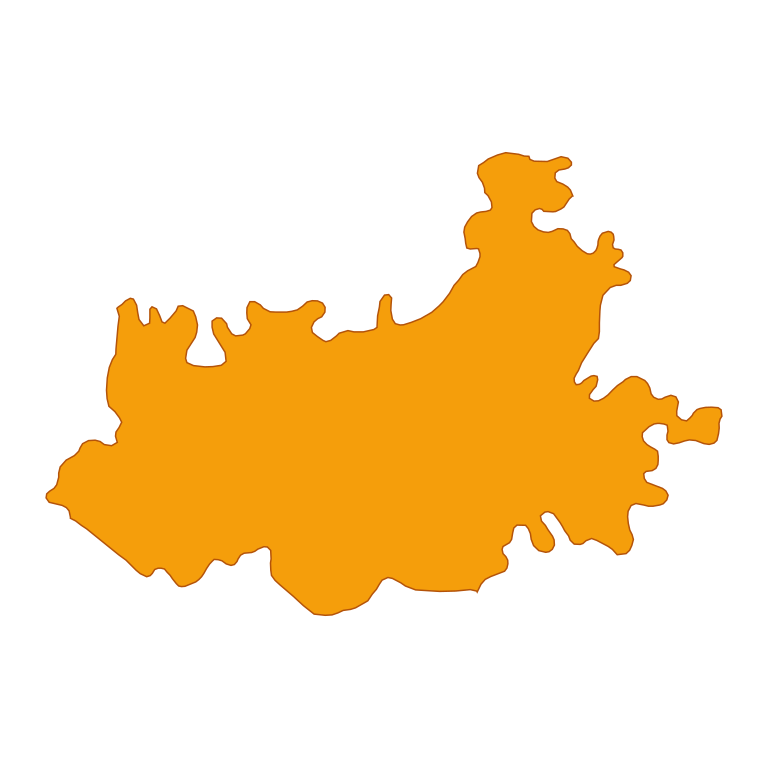 the district of Uzda, Minsk, Belarus
{"feature_id": "67162791B57084664446232", "entity_name": "Uzda", "entity_type": "district", "adm_level": 2, "iso_a3": "BLR", "parent_name": "Belarus", "parent_adm1": "Minsk", "projection": "mercator", "projection_center": [27.363, 53.476], "detail": "fine", "context": "isolated", "style": "filled", "palette": "amber", "viewbox_px": 768, "rotation_deg": 0, "n_neighbors": 0, "source": "geoboundaries", "source_scale": "gbopen_adm2", "svg_char_len": 6108}
<svg xmlns="http://www.w3.org/2000/svg" viewBox="0 0 768 768"><path d="M116.9,308.3L119.3,316.3L118.0,326.2L116.0,349.0L115.8,354.3L112.4,359.6L109.3,367.4L107.3,377.8L106.5,390.2L107.1,398.6L108.9,406.3L114.9,411.6L119.5,417.8L121.7,422.2L119.1,427.5L116.0,432.0L115.5,436.2L117.3,442.4L111.6,445.7L104.3,444.6L100.1,441.5L95.2,440.2L88.5,440.6L82.6,443.7L80.1,447.9L78.8,451.2L74.4,455.6L66.2,460.1L60.2,466.9L58.7,473.1L58.7,477.3L56.7,484.8L54.0,488.4L49.6,491.2L46.7,493.9L46.1,497.9L49.2,502.3L62.2,505.4L66.4,507.6L69.1,510.9L70.4,517.1L70.4,518.3L75.6,520.9L81.3,525.3L86.6,528.8L118.6,554.7L126.0,560.1L136.2,570.3L140.3,573.7L146.7,576.7L150.2,575.6L152.3,573.4L154.7,569.5L158.1,568.2L161.1,568.2L164.5,569.0L167.1,572.2L170.2,575.4L172.4,578.7L176.3,583.6L178.7,586.0L181.5,586.6L185.0,586.3L195.8,581.9L198.9,579.5L201.6,576.7L203.9,573.3L206.5,568.6L209.5,564.1L212.1,561.3L214.1,559.4L218.3,559.7L222.0,560.8L226.2,563.9L231.0,565.4L234.4,564.5L237.0,561.5L238.0,559.1L240.5,555.2L244.1,553.2L251.6,552.5L254.8,551.3L257.9,549.1L263.9,546.7L267.4,547.0L270.7,550.4L271.1,558.9L270.5,563.0L270.8,570.2L271.5,575.4L275.1,580.4L279.9,584.8L293.2,596.2L303.5,605.7L314.1,614.1L325.2,615.3L332.0,614.9L337.9,612.9L343.2,610.4L350.5,609.4L355.6,607.8L367.8,600.8L372.3,594.1L376.4,589.3L379.3,584.3L382.1,580.1L387.9,577.5L392.4,578.4L400.8,582.8L405.4,586.0L415.6,589.9L439.6,591.4L455.7,591.0L470.3,589.6L476.8,591.1L477.2,592.0L481.0,584.2L485.2,579.4L490.6,576.6L504.6,571.2L506.9,568.1L507.9,563.8L507.7,560.2L505.9,556.7L503.0,553.6L502.1,549.4L503.0,546.5L509.5,542.7L511.6,539.4L512.7,532.8L513.8,528.0L517.0,525.1L525.6,525.3L528.3,528.6L530.4,533.6L531.2,539.3L533.6,545.6L538.8,550.6L545.7,552.3L549.1,551.7L552.3,549.3L554.4,545.1L554.1,539.9L552.5,536.2L547.8,529.5L545.4,525.4L541.5,521.1L540.4,515.8L544.9,512.1L548.1,511.6L553.6,513.7L560.0,522.4L562.6,526.7L564.7,530.7L568.6,535.9L570.2,540.2L574.2,544.1L580.2,544.4L582.9,543.5L586.0,540.7L591.6,538.5L596.8,540.4L608.2,546.4L612.4,549.4L617.2,554.7L626.1,553.6L629.6,550.3L631.8,545.5L633.4,539.5L632.1,534.7L629.8,530.1L628.3,523.4L627.6,516.8L628.1,511.3L631.1,505.5L635.9,503.5L643.7,505.0L648.5,506.2L653.0,506.2L659.8,505.0L663.3,503.7L666.8,499.9L668.1,495.2L665.8,490.9L662.5,488.4L646.8,482.4L644.3,478.5L643.7,473.6L646.1,471.4L652.2,470.6L655.9,468.4L657.9,464.5L658.2,460.5L658.2,456.2L657.5,451.2L654.8,449.2L650.4,446.8L647.0,444.6L643.5,440.9L642.2,436.7L642.5,432.7L649.0,426.7L654.2,423.9L657.5,423.4L659.5,423.4L663.9,424.0L667.2,425.2L668.0,431.2L667.0,435.1L667.0,439.7L668.9,442.6L673.6,443.9L679.1,442.8L684.7,440.9L689.4,439.9L695.7,440.5L703.9,443.6L709.2,444.4L714.0,443.1L716.9,440.4L718.5,433.8L719.2,428.1L719.0,423.3L720.1,419.0L721.9,416.2L721.1,409.8L718.1,407.7L711.6,407.2L705.5,407.4L699.9,408.5L697.0,409.6L693.4,413.2L692.3,415.4L689.9,418.0L686.6,420.9L681.5,419.8L676.8,415.7L676.7,411.1L678.4,402.0L675.9,396.9L670.9,395.3L665.1,397.2L661.8,399.0L658.1,399.3L653.6,397.2L651.1,393.8L649.8,388.0L647.5,383.5L644.8,380.5L636.9,376.6L631.2,376.6L625.4,379.5L623.0,381.8L617.4,385.6L612.6,390.1L607.9,395.0L603.5,398.3L598.5,400.8L594.0,401.1L589.4,398.3L589.5,394.6L593.1,389.6L596.1,386.3L597.7,379.7L597.1,376.4L593.9,375.6L591.1,376.1L583.9,380.5L581.6,383.0L579.4,384.3L576.2,384.7L574.4,381.9L574.1,378.2L576.2,374.0L578.4,370.5L581.6,362.7L587.6,353.1L593.8,343.4L598.4,338.6L599.4,331.6L599.4,322.8L599.9,310.9L600.4,305.2L602.9,295.3L610.2,287.5L616.2,285.3L620.8,285.3L627.3,283.3L630.3,280.5L631.1,275.7L628.6,272.2L624.0,269.9L620.3,268.9L614.2,266.7L614.0,264.6L622.0,257.6L622.8,256.3L622.8,252.8L621.0,250.0L618.3,249.3L615.2,249.0L613.2,247.8L612.5,244.5L614.0,240.0L613.7,236.5L613.2,234.2L611.2,232.2L608.2,231.4L602.4,233.2L600.1,236.0L598.6,239.5L598.1,241.5L597.9,245.0L596.9,248.3L595.9,250.5L593.3,253.1L590.3,254.1L587.3,253.8L582.3,250.8L577.2,246.3L574.2,242.0L571.2,238.7L569.9,233.7L567.4,230.4L563.1,228.9L557.9,228.7L552.1,231.4L548.3,232.4L543.5,231.9L538.0,229.9L533.9,226.4L531.4,221.6L531.9,213.3L535.2,209.8L539.5,208.5L542.0,209.3L543.8,211.3L552.8,211.8L555.6,211.5L560.9,209.0L563.9,207.0L569.2,199.0L572.5,195.9L572.8,195.9L570.4,190.1L567.7,187.1L562.9,184.1L556.8,181.6L554.8,178.1L555.3,172.8L558.9,170.0L564.9,169.0L568.4,167.8L571.4,165.0L571.4,162.2L567.9,158.2L561.1,156.7L547.3,161.5L534.2,161.2L529.9,159.4L528.9,156.3L524.3,156.1L518.7,154.3L505.7,152.7L497.5,155.0L488.2,159.0L483.7,162.5L478.7,165.6L477.4,173.3L479.0,177.6L482.4,182.3L484.5,188.1L484.8,192.6L488.0,195.6L491.4,201.9L492.0,207.5L490.4,210.1L486.1,211.4L480.6,212.0L476.6,213.0L471.6,216.5L467.6,221.8L464.7,227.1L463.9,232.1L465.2,238.7L465.7,243.2L466.8,248.0L470.2,249.0L476.6,248.5L478.5,248.8L480.0,253.5L480.0,256.7L477.9,262.6L475.8,266.5L467.6,270.8L462.8,274.5L458.6,280.3L454.1,285.3L449.6,293.3L443.2,301.7L439.0,306.0L431.8,312.3L420.7,318.7L411.2,322.4L403.5,324.8L400.1,325.0L395.3,323.7L392.4,319.2L390.8,310.5L391.1,304.1L391.6,298.0L388.7,294.6L384.5,295.1L380.0,301.5L379.4,307.0L377.6,315.8L377.0,327.4L373.9,329.5L363.3,331.9L354.0,331.9L347.9,330.6L339.2,333.2L336.5,335.9L330.7,340.4L325.9,341.7L323.0,340.4L317.2,336.4L312.4,332.5L311.4,327.4L314.0,321.9L317.7,318.7L321.7,316.8L324.9,312.1L325.1,307.3L322.5,303.1L317.5,300.9L312.2,300.7L307.1,302.0L302.6,306.2L297.3,309.9L291.8,311.3L286.5,312.1L276.2,312.1L270.1,311.8L263.4,308.4L260.3,304.9L254.7,301.7L249.9,301.7L247.0,307.6L246.8,312.9L247.3,318.7L251.0,324.8L249.7,328.7L245.4,333.8L242.8,335.1L235.6,335.9L231.7,333.8L227.4,327.2L226.6,323.7L221.6,318.2L216.6,317.9L212.1,321.1L212.1,327.2L213.7,334.0L225.1,352.3L226.1,361.3L221.3,365.3L212.9,366.6L204.9,366.9L193.5,365.6L186.9,362.6L185.6,358.4L186.9,350.2L195.1,337.5L196.7,332.2L197.5,325.0L195.7,316.8L193.3,311.0L182.7,305.7L178.2,306.2L176.1,311.0L170.0,318.2L164.9,323.2L162.0,321.9L159.7,315.8L156.5,308.9L152.0,306.8L149.9,309.2L149.9,317.9L149.6,323.2L143.8,325.8L139.0,319.5L137.7,312.6L136.6,305.2L133.4,299.1L130.3,298.3L125.5,300.9L122.1,304.4L118.3,307.0L116.9,308.3Z" fill="#f59e0b" stroke="#b45309" stroke-width="1.5"/></svg>